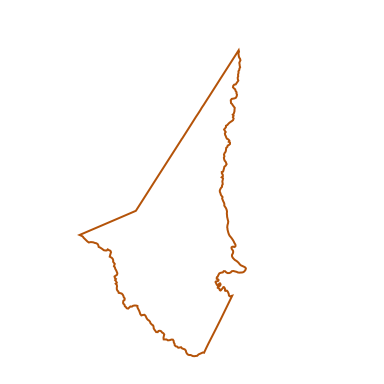 Envira, Amazonas, Brazil, rotated 116°
{"feature_id": "56859067B30113136675295", "entity_name": "Envira", "entity_type": "district", "adm_level": 2, "iso_a3": "BRA", "parent_name": "Brazil", "parent_adm1": "Amazonas", "projection": "mercator", "projection_center": [-70.098, -7.617], "detail": "fine", "context": "isolated", "style": "outline", "palette": "amber", "viewbox_px": 384, "rotation_deg": 116, "n_neighbors": 0, "source": "geoboundaries", "source_scale": "gbopen_adm2", "svg_char_len": 5531}
<svg xmlns="http://www.w3.org/2000/svg" viewBox="0 0 384 384"><g transform="rotate(116 192 192)"><path d="M279.9,274.2L279.8,271.9L280.0,270.5L280.7,269.2L281.7,266.2L282.3,264.4L282.6,262.6L281.7,261.5L281.0,260.1L280.5,258.6L280.4,257.1L280.0,255.5L280.2,253.9L281.1,252.7L282.3,251.8L282.2,250.2L282.6,247.3L283.0,245.9L282.6,244.3L281.9,243.0L280.5,242.6L280.7,241.1L280.6,239.6L281.6,238.4L283.1,238.2L286.2,237.6L286.3,235.3L286.9,233.9L287.9,232.9L289.3,232.3L290.5,229.9L293.0,229.6L293.5,228.3L294.7,227.3L295.6,225.9L297.7,223.5L299.2,223.1L301.9,224.6L303.1,223.6L303.5,222.2L304.9,222.5L305.5,221.1L306.5,219.8L307.9,220.4L308.4,219.0L309.5,218.1L310.9,217.7L312.3,217.0L313.3,215.9L313.7,214.6L314.8,213.7L314.4,212.3L314.1,210.7L314.6,209.3L315.5,208.1L316.6,207.1L317.1,205.9L318.5,205.3L319.8,206.0L321.3,205.6L322.4,204.9L322.9,203.3L324.1,202.3L324.4,201.0L325.1,199.7L324.8,198.3L321.9,197.2L321.4,195.8L320.1,195.1L319.2,193.9L318.9,193.2L318.6,192.6L318.3,191.1L319.7,190.4L320.6,189.2L321.4,188.1L322.3,187.0L324.5,184.8L325.1,183.4L324.1,182.3L323.2,180.9L323.6,179.6L325.5,177.2L326.2,175.8L326.4,174.2L327.0,172.9L328.1,171.8L328.8,169.9L329.0,168.4L330.1,167.4L331.4,166.6L332.2,165.4L332.9,164.0L333.6,162.8L333.0,161.4L331.6,161.2L330.8,160.1L330.7,158.6L331.4,157.3L331.5,155.8L332.2,154.5L333.7,154.2L335.6,153.7L336.9,152.8L335.7,150.2L335.9,148.6L334.8,146.9L333.7,145.9L333.1,144.5L333.8,143.3L335.3,142.3L336.1,141.1L337.3,140.4L337.8,139.0L337.5,137.5L338.0,136.1L337.2,134.9L336.3,133.8L336.9,132.4L336.8,131.0L336.6,129.6L337.2,128.1L338.4,127.1L339.3,126.0L339.9,124.6L339.8,123.1L339.1,121.8L339.1,119.4L338.6,118.0L336.9,115.5L335.1,114.9L331.4,111.8L331.2,110.7L326.4,110.8L321.0,110.8L304.2,110.5L294.1,110.4L267.6,110.4L268.2,111.1L268.9,111.6L269.2,112.5L268.8,113.4L268.3,113.8L267.6,114.2L267.1,114.8L266.6,115.3L266.1,115.9L265.6,116.8L265.4,117.5L266.1,118.3L266.2,119.0L265.7,119.4L265.0,119.6L264.3,120.2L263.8,120.9L263.5,121.5L263.7,122.1L264.5,122.2L265.2,122.3L265.9,122.5L266.9,122.8L267.6,122.9L268.1,123.3L268.0,124.0L267.5,124.5L266.9,125.0L266.9,126.1L266.8,126.9L266.0,127.1L265.3,126.6L264.6,126.1L263.8,125.7L262.8,125.7L262.2,126.1L261.8,126.9L262.3,127.3L263.0,127.5L263.6,127.6L264.3,127.8L264.7,128.5L264.3,129.3L263.6,130.1L263.1,130.8L262.6,131.4L261.8,131.2L261.4,130.6L261.0,130.1L260.6,129.6L260.0,129.4L259.4,129.6L259.1,130.2L259.1,130.9L259.2,131.7L258.5,132.1L258.0,132.2L257.4,132.2L256.9,131.8L254.4,131.9L253.0,131.7L251.7,130.4L250.8,129.1L249.3,128.8L248.7,127.5L249.2,126.1L249.3,124.5L248.6,123.1L247.4,122.0L245.8,121.5L244.9,120.3L244.2,116.9L244.2,115.4L243.9,114.6L243.6,113.8L243.3,113.3L242.8,112.6L242.6,112.0L242.2,111.5L241.8,111.0L241.1,110.5L240.5,110.2L239.7,110.0L238.7,109.8L238.0,109.9L237.2,110.0L236.7,110.6L236.5,111.1L236.4,111.9L236.4,112.8L236.4,113.4L236.4,114.4L236.5,115.5L236.3,116.7L236.0,117.4L235.8,117.9L235.5,118.5L235.2,119.1L235.0,119.7L234.5,121.5L234.4,122.6L234.3,123.6L234.1,124.3L233.9,124.9L233.6,125.6L233.4,126.2L233.0,126.9L232.5,127.5L232.0,128.0L231.4,128.3L230.8,128.5L229.8,128.4L228.9,128.4L227.8,128.7L226.9,129.3L226.4,130.1L226.0,130.9L225.7,131.4L225.1,131.9L224.4,132.2L223.7,131.9L223.3,131.4L223.0,130.8L223.0,130.0L222.4,129.4L221.6,129.2L220.9,129.5L220.2,130.0L219.8,130.6L219.4,131.2L218.9,132.0L218.4,132.5L217.7,133.5L217.3,134.1L216.8,135.0L216.3,135.8L215.2,138.1L214.9,138.9L214.5,139.4L214.2,139.9L213.8,140.4L213.3,140.8L212.8,141.4L212.2,141.9L211.6,142.4L210.9,143.0L210.2,143.6L209.6,143.9L209.0,144.3L208.6,144.7L207.9,145.0L206.8,145.4L205.8,145.7L205.0,145.8L204.3,145.9L203.6,146.2L202.8,146.4L202.3,146.8L201.7,147.3L201.1,147.8L200.6,148.2L200.1,148.6L199.7,148.9L199.0,149.5L198.1,150.0L197.4,150.4L196.9,150.7L196.4,151.1L195.9,151.3L194.7,151.8L194.0,152.1L192.7,153.2L191.7,154.3L190.1,157.0L188.7,157.6L188.2,158.0L187.5,158.7L186.6,159.9L184.6,162.1L183.2,162.3L181.9,164.8L180.7,165.8L179.7,167.0L178.4,167.7L177.0,167.8L175.5,167.7L174.2,167.3L172.9,167.9L171.5,167.8L169.1,169.4L167.5,169.7L166.1,170.1L165.8,171.8L164.2,171.2L162.9,172.0L162.2,173.3L161.0,174.0L160.0,173.0L158.3,173.3L156.7,173.6L155.1,174.0L153.6,173.3L151.8,173.1L150.0,175.1L149.5,176.4L148.4,177.5L147.2,178.4L145.7,178.5L144.5,179.6L142.9,179.8L141.6,179.5L140.2,179.6L137.3,180.6L136.0,180.0L134.6,180.3L133.5,179.4L132.2,178.9L131.4,179.3L130.8,179.6L130.8,181.0L129.4,181.0L128.8,182.5L128.8,184.0L128.0,185.1L126.9,186.2L126.1,187.3L124.8,188.2L123.3,188.0L122.6,189.3L121.7,190.6L120.3,190.2L118.9,189.9L117.6,190.5L116.3,189.6L114.7,189.2L113.3,188.7L112.0,188.0L110.7,187.2L109.4,186.6L107.7,186.8L106.8,188.1L105.3,188.0L104.7,189.3L103.4,188.8L100.9,189.2L99.1,190.0L97.6,190.5L96.2,193.3L95.4,194.5L95.0,195.9L92.5,197.4L90.9,197.1L89.2,194.8L88.1,193.9L86.5,193.8L84.8,194.2L84.0,195.2L82.8,195.7L82.0,197.2L80.8,198.2L80.5,199.7L79.9,201.1L78.4,201.5L77.0,201.1L76.1,199.9L71.6,199.2L70.5,200.3L69.1,201.1L67.7,201.2L66.5,202.0L64.5,202.4L63.1,203.2L61.6,203.0L60.2,203.5L58.8,203.4L57.7,204.4L56.4,205.2L55.2,206.1L53.8,206.2L52.4,206.2L51.2,207.2L50.5,208.5L49.4,209.5L46.9,211.1L45.4,211.2L44.1,212.2L65.6,214.7L75.8,215.9L76.5,216.0L82.9,216.7L97.7,218.4L98.6,218.5L101.8,218.9L108.8,219.7L110.7,220.0L111.6,220.1L112.3,220.2L113.9,220.3L115.0,220.4L119.2,220.9L122.8,221.4L130.1,222.2L131.9,222.4L148.5,224.3L149.1,224.5L149.8,224.5L182.4,228.3L200.4,230.4L211.9,231.7L233.5,234.2L234.1,234.7L245.5,244.5L279.9,274.2Z" fill="none" stroke="#b45309" stroke-width="2"/></g></svg>